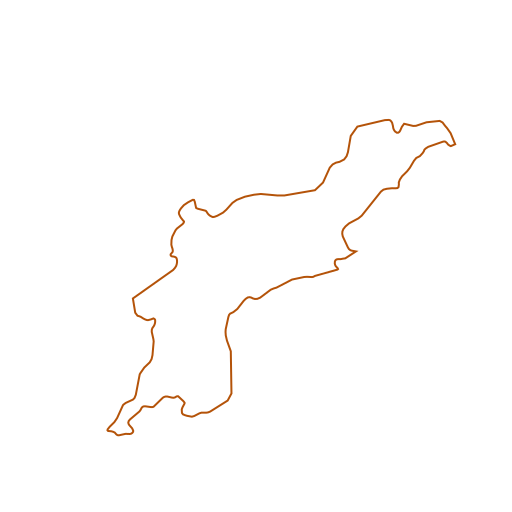 map outline of Požeško-Slavonska (Equal Earth projection), rotated 137°
{"feature_id": "HRV-1604", "entity_name": "Požeško-Slavonska", "entity_type": "County", "adm_level": 1, "iso_a3": "HRV", "parent_name": "Croatia", "parent_adm1": "", "projection": "equal_earth", "projection_center": [17.752, 45.408], "detail": "fine", "context": "isolated", "style": "outline", "palette": "amber", "viewbox_px": 512, "rotation_deg": 137, "n_neighbors": 0, "source": "natural_earth", "source_scale": "10m", "svg_char_len": 3635}
<svg xmlns="http://www.w3.org/2000/svg" viewBox="0 0 512 512"><g transform="rotate(137 256 256)"><path d="M314.2,231.5L315.8,231.3L317.7,230.3L328.1,223.1L330.1,221.2L332.3,218.5L334.9,214.0L339.4,203.5L367.7,172.2L375.3,169.6L395.7,173.5L397.7,174.3L399.2,175.3L402.7,178.6L404.6,179.5L410.3,181.1L412.5,182.2L415.4,186.1L416.5,188.0L417.4,190.0L417.2,191.7L415.0,194.4L413.1,195.4L409.0,196.8L408.4,197.2L408.2,198.1L408.1,199.5L408.6,206.5L409.5,207.3L410.4,207.6L411.6,207.8L412.9,208.5L414.0,209.7L416.7,213.7L418.0,214.9L419.4,215.6L420.8,215.9L433.6,215.6L434.4,215.9L435.1,216.4L436.0,217.3L439.4,221.5L440.5,222.5L441.7,223.0L443.0,223.0L445.6,222.1L447.3,221.8L459.7,222.4L461.7,222.1L463.1,221.2L463.7,220.1L464.0,218.8L464.1,214.5L464.6,212.9L465.0,211.9L465.7,211.3L466.3,211.1L467.3,211.0L468.5,211.2L469.7,211.9L472.7,214.9L478.6,218.4L479.5,219.5L479.8,220.9L479.7,223.2L480.4,224.9L481.3,226.4L483.5,228.9L483.5,229.8L482.7,230.4L479.5,230.9L472.9,231.1L468.1,232.2L455.1,237.6L454.5,237.7L451.5,237.4L443.9,234.9L441.7,235.0L438.5,236.5L421.7,248.8L419.9,249.3L413.8,250.6L406.2,250.7L402.7,251.8L399.3,254.1L389.1,263.3L387.8,265.1L384.0,271.6L382.4,273.2L380.8,274.0L378.7,274.4L377.5,274.8L376.5,275.3L375.5,275.9L374.7,276.6L373.9,277.4L373.3,278.2L373.2,279.1L373.6,280.3L376.1,281.3L378.7,282.7L379.5,283.6L380.3,285.1L381.0,287.0L381.8,290.2L382.6,291.8L383.4,293.1L383.0,296.9L375.0,308.9L326.1,302.3L323.3,302.6L321.1,303.2L319.4,304.2L318.0,305.3L316.8,306.6L316.0,307.8L315.6,308.8L315.6,309.8L316.0,310.7L316.5,311.6L317.7,313.0L318.0,313.7L318.0,314.5L317.7,315.1L317.1,315.5L314.4,315.8L313.7,316.2L313.0,316.9L312.6,317.5L312.0,318.5L311.4,319.9L310.2,322.0L306.9,325.3L303.9,327.3L297.3,329.7L295.1,330.0L287.8,329.4L286.0,329.7L285.1,330.4L285.1,331.8L284.8,335.3L284.5,336.6L284.1,337.9L283.7,339.1L283.2,339.9L282.6,340.5L281.5,341.1L280.1,341.6L278.3,342.0L274.1,342.4L269.0,341.6L263.9,340.2L263.1,339.3L263.8,337.4L266.9,332.2L267.0,331.8L266.3,330.2L262.3,324.0L261.9,323.2L261.9,322.4L262.3,320.2L262.4,318.9L262.3,317.8L262.2,317.1L262.0,316.3L261.4,314.7L261.0,313.9L259.5,312.9L256.8,311.8L250.5,310.2L246.1,310.1L237.0,310.9L231.9,310.2L223.6,306.9L215.7,302.2L210.2,298.1L199.1,285.7L194.1,281.0L168.0,263.9L156.9,264.0L141.8,270.3L137.5,270.7L133.8,269.7L130.7,267.9L125.7,266.5L121.7,267.2L118.0,269.2L104.8,279.2L93.6,281.5L69.1,267.5L66.0,264.9L65.3,263.6L65.3,262.1L65.6,260.6L67.0,258.0L68.4,255.9L69.0,254.5L69.4,252.4L68.9,250.1L67.9,249.2L66.6,249.0L65.2,249.3L61.2,251.0L57.5,251.7L52.6,244.3L52.1,243.7L50.2,242.1L40.1,237.5L29.5,229.5L28.5,226.4L28.9,222.7L29.0,221.0L29.0,220.1L29.1,218.9L29.9,213.1L34.1,201.9L38.6,203.5L39.1,204.7L39.5,206.6L39.3,208.3L39.5,210.4L40.3,211.5L41.5,212.2L55.6,218.4L58.5,218.9L60.3,218.9L61.9,218.1L64.0,217.6L68.1,217.3L71.9,218.4L75.5,217.9L83.3,215.6L87.7,214.9L94.7,214.7L98.6,213.8L101.4,212.4L102.8,210.8L104.8,209.2L106.2,209.2L107.7,210.3L110.3,212.8L114.4,215.9L117.5,217.6L120.7,217.9L151.2,213.4L155.5,213.7L165.7,216.4L170.4,216.6L173.8,216.1L176.1,215.0L177.8,213.4L179.2,211.1L182.9,199.7L183.3,197.6L183.0,195.9L182.4,194.7L179.8,191.2L192.3,193.4L194.3,194.8L196.3,196.0L197.3,197.0L198.2,197.8L199.5,198.6L200.7,198.7L201.9,198.3L203.5,196.8L204.2,195.5L204.6,194.2L204.6,191.4L204.9,190.5L205.7,190.5L226.4,201.2L228.3,201.7L229.4,202.4L232.9,206.0L235.1,207.8L245.7,214.2L262.6,218.9L265.2,220.2L268.2,221.3L281.4,222.7L284.3,223.8L286.1,225.3L287.2,227.1L287.8,228.8L288.7,230.2L290.3,231.3L292.8,231.7L295.7,231.6L305.8,230.0L310.8,230.4L313.1,231.1L314.2,231.5Z" fill="none" stroke="#b45309" stroke-width="2"/></g></svg>